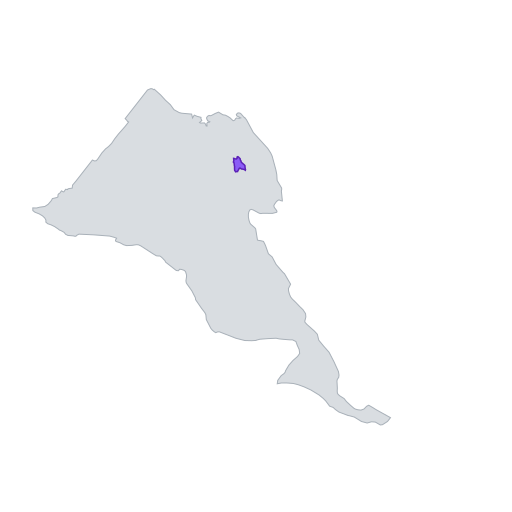 Menoua, Ouest, Cameroon shown in context, rotated 128°
{"feature_id": "32672807B11213510980510", "entity_name": "Menoua", "entity_type": "district", "adm_level": 2, "iso_a3": "CMR", "parent_name": "Cameroon", "parent_adm1": "Ouest", "projection": "equal_earth", "projection_center": [10.088, 5.433], "detail": "fine", "context": "in_parent", "style": "filled", "palette": "violet", "viewbox_px": 512, "rotation_deg": 128, "n_neighbors": 0, "source": "geoboundaries", "source_scale": "gbopen_adm2", "svg_char_len": 4444}
<svg xmlns="http://www.w3.org/2000/svg" viewBox="0 0 512 512"><g transform="rotate(128 256 256)"><path d="M153.8,350.1L154.6,347.2L160.4,334.1L164.0,313.0L165.7,308.0L167.4,304.7L175.8,293.5L178.9,289.9L183.5,285.8L186.7,277.6L187.8,276.7L189.2,276.0L196.4,269.1L197.1,270.4L197.5,272.1L198.1,272.8L200.4,273.4L203.6,273.3L205.5,272.9L206.5,271.4L207.5,267.6L208.1,266.8L208.8,266.6L212.3,269.3L218.2,277.0L219.6,278.3L220.3,279.8L221.5,286.8L222.2,288.5L223.5,289.2L225.8,288.8L228.1,287.5L230.2,285.8L232.2,283.5L233.6,281.4L234.2,279.9L234.5,274.2L234.9,272.9L242.5,264.7L242.3,263.9L241.0,261.6L239.9,259.1L241.1,256.5L242.2,254.5L246.6,247.6L246.8,242.7L250.3,234.9L252.3,224.6L252.4,222.7L256.9,211.4L261.7,210.4L263.5,208.8L265.6,206.0L267.0,203.4L267.6,200.9L268.1,196.1L268.9,190.7L269.4,185.9L270.9,181.5L273.3,179.2L277.4,177.4L278.1,176.5L278.6,173.6L279.2,163.9L279.9,159.5L283.7,154.7L285.4,147.1L286.9,139.1L291.3,129.5L296.3,119.9L298.7,117.3L300.7,116.1L303.0,116.0L304.6,115.3L310.1,110.5L312.4,108.9L314.1,107.3L314.5,105.8L314.6,103.7L314.1,98.8L315.0,95.2L315.5,89.5L315.7,85.2L315.5,83.6L314.5,81.1L312.8,78.4L310.1,76.7L306.3,76.3L304.2,75.3L303.5,70.3L303.2,67.1L300.6,50.5L305.4,50.5L311.1,52.5L312.6,54.0L313.4,59.7L315.5,62.9L319.2,65.6L321.5,71.1L322.4,79.4L324.5,84.4L325.0,85.2L327.9,94.6L328.1,98.9L327.8,101.9L329.0,105.5L327.3,111.7L326.8,115.5L326.7,120.8L327.8,130.3L329.5,137.5L331.4,143.4L333.4,148.0L336.7,153.0L340.3,157.7L343.6,160.6L340.6,162.3L334.7,162.5L331.3,161.5L329.7,161.5L328.0,162.1L321.7,162.9L315.4,162.5L309.5,161.4L305.9,161.6L303.1,164.4L300.9,168.6L298.8,171.9L299.6,175.6L301.2,177.7L304.2,182.2L307.0,186.6L308.4,189.5L313.9,195.9L319.2,201.7L321.7,203.6L322.6,204.1L325.5,207.4L329.5,212.8L333.2,221.2L338.3,238.2L339.5,239.6L341.2,240.5L341.4,242.3L341.3,244.9L340.8,247.1L336.7,256.0L333.1,259.4L332.1,261.5L330.8,266.6L327.6,276.7L326.2,278.1L323.0,285.0L320.4,293.6L319.7,294.9L318.6,296.0L314.9,298.1L313.6,299.2L311.7,301.9L311.5,303.6L312.3,306.1L313.4,308.0L315.4,308.1L316.5,309.9L316.5,323.3L315.6,325.3L315.6,326.2L315.2,328.5L315.1,331.1L315.4,332.1L316.1,332.9L317.2,334.7L317.7,338.8L319.0,353.3L319.6,355.6L320.7,357.2L324.0,360.3L327.5,364.4L328.6,367.1L329.3,371.4L330.6,374.9L330.6,376.0L330.0,376.5L327.8,376.8L328.6,379.3L330.4,383.6L339.3,397.0L347.8,409.0L349.8,409.9L351.3,410.1L351.9,410.8L352.7,412.5L355.6,416.9L356.1,419.4L355.5,421.8L356.1,425.5L356.6,426.9L356.5,428.1L356.8,432.7L357.6,436.6L358.8,440.0L358.7,442.4L357.0,443.7L356.1,445.9L355.8,449.0L356.3,452.8L357.6,457.2L357.6,459.8L355.5,461.5L353.3,458.5L350.7,456.5L347.0,452.9L343.2,451.6L338.3,451.4L336.1,451.8L332.5,448.9L331.3,448.5L329.7,449.7L328.6,449.8L327.2,449.3L324.4,449.4L324.1,447.3L323.7,446.9L320.6,447.1L319.7,445.4L319.3,445.6L318.1,445.0L315.7,442.6L313.1,444.2L307.8,444.0L281.1,444.0L280.5,441.7L279.2,440.5L276.8,440.4L269.7,440.9L264.2,440.5L260.6,439.6L256.1,439.1L250.5,439.5L244.7,439.5L234.5,438.9L228.8,438.9L229.0,440.3L228.6,441.3L228.3,443.7L192.0,443.7L189.1,442.1L188.2,441.0L187.9,439.0L187.2,438.8L187.8,430.3L189.0,423.2L189.5,416.6L191.2,410.7L190.3,404.9L189.2,402.4L183.8,394.1L186.3,391.0L183.0,391.4L182.2,388.4L180.6,384.7L181.6,384.1L182.6,382.1L185.6,382.7L185.5,381.7L182.9,378.6L183.1,377.1L184.2,375.3L183.7,374.6L181.8,376.4L180.5,376.4L179.5,375.2L178.7,375.0L179.2,377.4L178.1,379.5L177.1,380.2L175.4,380.1L174.1,379.5L173.7,378.4L172.4,377.5L168.8,375.9L165.7,374.1L165.1,369.0L163.9,366.9L163.4,364.4L163.1,361.6L163.5,357.3L162.7,356.7L161.9,356.4L160.5,356.6L159.3,356.4L157.9,354.0L156.6,353.1L157.4,357.5L156.5,358.7L154.3,358.3L153.3,356.7L153.2,355.5L154.2,350.2L153.8,350.1Z" fill="#d9dde1" stroke="#a8b0b8" stroke-width="1"/><path d="M192.8,333.8L194.4,332.3L194.7,332.1L195.9,331.7L196.0,330.9L196.6,330.2L196.9,329.9L197.5,329.2L197.8,329.0L198.2,328.6L198.9,327.7L199.3,327.5L199.5,327.4L200.2,326.8L200.6,326.5L201.7,325.5L202.2,323.8L201.4,323.3L201.1,322.8L200.8,322.5L200.3,322.7L197.9,323.0L197.4,323.2L196.8,323.0L196.5,322.6L196.4,321.0L195.7,319.9L195.1,318.6L195.0,317.2L194.3,317.5L194.1,317.9L193.3,318.8L193.2,318.9L192.6,319.5L191.7,320.2L191.4,321.0L191.2,324.8L191.0,325.7L190.4,326.2L190.2,327.0L189.7,327.8L189.1,328.4L188.9,330.2L188.8,330.9L188.9,331.5L189.4,331.8L189.8,331.8L190.4,331.1L190.8,331.2L191.5,331.1L192.2,332.0L192.7,333.7L192.8,333.8Z" fill="#8b5cf6" stroke="#5b21b6" stroke-width="1.5"/></g></svg>